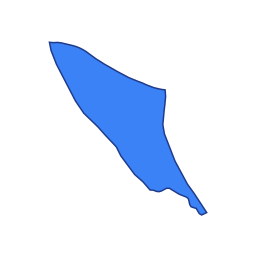 San Martín Zapotitlán, Retalhuleu, Guatemala, rotated 256°
{"feature_id": "79465075B10941026506975", "entity_name": "San Martín Zapotitlán", "entity_type": "district", "adm_level": 2, "iso_a3": "GTM", "parent_name": "Guatemala", "parent_adm1": "Retalhuleu", "projection": "albers", "projection_center": [-91.598, 14.614], "detail": "fine", "context": "isolated", "style": "filled", "palette": "blue", "viewbox_px": 256, "rotation_deg": 256, "n_neighbors": 0, "source": "geoboundaries", "source_scale": "gbopen_adm2", "svg_char_len": 888}
<svg xmlns="http://www.w3.org/2000/svg" viewBox="0 0 256 256"><g transform="rotate(256 128 128)"><path d="M230.2,72.5L221.8,72.1L207.1,74.0L166.9,83.6L153.0,88.7L136.5,99.0L126.6,104.2L112.5,112.1L102.7,114.3L81.3,123.2L72.0,129.6L62.5,134.4L61.8,136.9L60.8,138.6L59.6,140.3L58.7,142.7L58.8,145.2L60.2,150.9L59.5,153.6L51.4,161.6L49.7,164.0L48.4,165.8L46.7,168.1L45.1,169.3L43.3,169.5L38.8,169.4L36.4,170.1L34.7,172.6L33.5,174.7L27.6,176.5L25.8,178.4L26.9,183.9L48.9,176.2L59.0,172.1L84.5,165.6L113.4,161.9L122.8,162.6L135.4,167.0L142.3,169.6L149.4,172.1L154.1,172.9L156.1,173.2L156.8,171.1L158.4,167.6L160.9,162.8L165.2,156.6L168.3,152.7L171.5,148.0L176.9,140.7L185.2,131.5L195.4,120.8L202.9,113.6L208.8,108.7L212.1,106.0L214.6,103.6L217.3,100.5L219.4,97.6L221.3,94.4L224.6,88.0L226.5,84.4L228.0,80.6L228.9,76.2L230.2,72.5Z" fill="#3b82f6" stroke="#1e3a8a" stroke-width="1.5"/></g></svg>